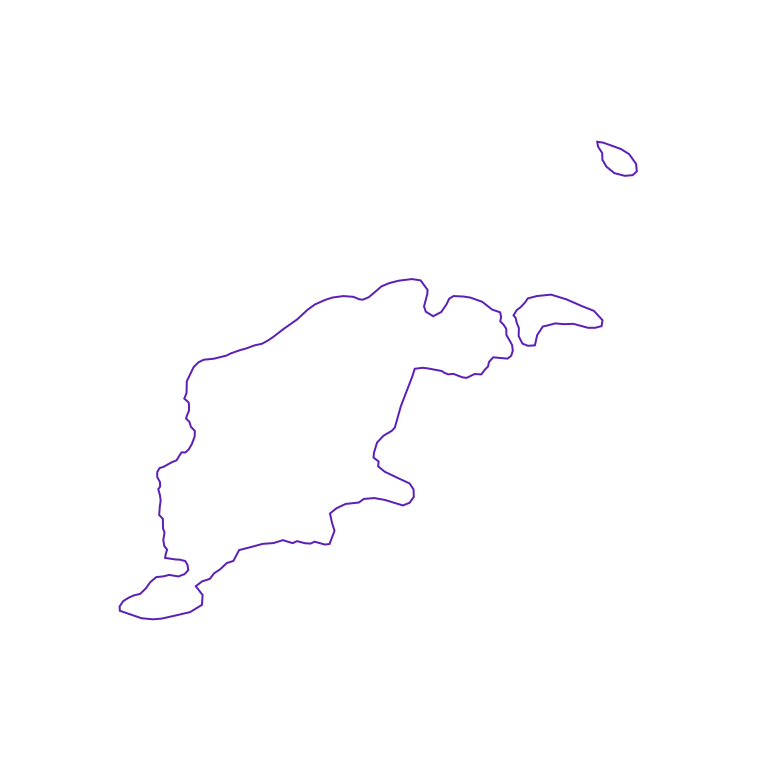 outline of Gotland, Gotland, Sweden, rotated 17°
{"feature_id": "70781695B80690990768870", "entity_name": "Gotland", "entity_type": "district", "adm_level": 2, "iso_a3": "SWE", "parent_name": "Sweden", "parent_adm1": "Gotland", "projection": "natural_earth1", "projection_center": [18.646, 57.653], "detail": "fine", "context": "isolated", "style": "outline", "palette": "violet", "viewbox_px": 768, "rotation_deg": 17, "n_neighbors": 0, "source": "geoboundaries", "source_scale": "gbopen_adm2", "svg_char_len": 2812}
<svg xmlns="http://www.w3.org/2000/svg" viewBox="0 0 768 768"><g transform="rotate(17 384 384)"><path d="M402.8,302.6L399.6,298.1L399.1,285.3L398.1,281.2L391.6,276.4L388.8,274.2L380.0,275.5L367.9,280.9L359.5,286.0L353.0,291.4L347.8,299.7L344.1,305.4L339.0,309.6L335.7,310.2L329.2,309.6L319.4,311.8L309.6,316.3L303.1,320.8L294.7,328.1L289.1,335.5L282.1,347.6L271.8,360.8L264.3,371.4L259.6,377.1L255.4,381.3L248.9,384.9L241.4,390.6L236.7,393.5L228.8,399.3L225.0,402.9L213.8,409.6L204.5,413.5L200.3,417.4L197.0,423.5L194.6,439.0L197.8,450.3L197.3,456.4L202.5,458.7L203.9,461.6L205.3,466.5L204.8,472.0L204.8,474.9L209.0,477.1L211.8,481.3L216.9,484.3L218.3,489.8L217.8,497.6L216.4,503.7L214.0,507.6L210.3,508.6L207.9,517.7L204.2,520.6L200.4,524.5L197.6,527.5L193.9,530.1L192.9,534.6L194.3,539.2L198.5,543.4L199.9,547.6L198.9,550.6L202.2,555.8L204.5,560.7L205.4,566.6L207.3,575.0L212.0,577.7L214.8,586.5L217.6,590.4L218.5,597.6L221.3,603.2L225.0,605.8L225.0,610.4L225.5,614.3L236.2,612.7L240.0,611.7L245.6,611.4L248.9,614.3L251.2,619.2L248.9,624.1L243.7,628.1L234.3,629.4L229.6,632.3L222.6,635.3L218.4,641.9L216.0,649.1L212.2,656.0L206.6,659.3L202.4,662.9L198.1,667.8L196.2,674.1L197.7,678.1L220.6,678.9L232.1,676.5L240.1,673.3L252.7,666.1L265.3,658.8L274.5,648.4L272.2,638.8L263.1,632.4L267.7,626.0L274.5,621.2L276.8,614.8L281.4,609.2L286.0,601.2L291.7,597.2L294.0,585.2L303.2,579.6L314.6,572.4L324.9,568.4L332.9,562.9L343.2,562.9L346.8,559.7L354.8,559.4L360.4,558.1L363.7,555.1L374.5,554.8L378.7,552.9L379.6,538.8L374.9,532.0L370.2,523.6L374.9,516.7L382.4,509.9L394.6,504.7L398.3,499.8L408.1,495.9L418.9,494.6L437.6,494.6L443.2,490.1L445.5,483.3L443.1,476.2L437.5,471.6L425.8,470.0L410.4,467.7L402.5,464.5L401.5,459.7L395.5,457.4L394.5,452.5L394.5,441.9L398.7,433.5L405.2,426.4L407.1,422.5L406.6,400.3L408.9,367.8L408.9,360.5L415.9,357.3L421.0,356.3L435.5,354.7L438.3,355.6L442.5,356.0L447.6,354.0L457.0,354.7L461.2,354.0L467.7,348.0L474.2,346.4L476.5,340.3L478.4,336.8L477.9,332.3L480.7,326.5L487.2,325.2L494.7,323.6L497.4,319.8L497.4,314.4L495.1,309.3L491.4,305.7L486.7,301.3L484.8,295.5L481.1,292.4L476.9,290.1L476.4,285.7L474.1,281.5L465.7,281.2L454.0,276.7L441.5,276.1L434.5,277.1L424.7,279.6L421.4,283.4L420.5,289.5L417.7,298.4L411.2,304.8L402.8,302.6ZM517.0,302.9L516.2,292.5L519.1,282.5L522.8,280.5L530.0,276.0L538.8,274.1L547.5,271.1L562.7,270.6L569.3,268.6L575.1,265.1L574.3,259.1L563.4,252.7L551.0,251.7L533.6,249.7L517.6,249.7L504.5,255.2L496.5,260.1L495.1,264.6L492.2,270.6L489.3,274.6L487.8,280.5L490.7,282.5L492.9,286.5L496.6,291.0L498.8,298.9L504.6,304.9L510.5,305.4L517.0,302.9ZM553.5,114.5L560.7,111.6L563.6,106.7L560.7,99.8L551.2,92.5L541.8,90.0L522.9,89.1L517.1,90.0L519.3,94.4L525.1,99.3L527.3,105.7L533.1,111.1L542.6,115.0L553.5,114.5Z" fill="none" stroke="#5b21b6" stroke-width="2"/></g></svg>